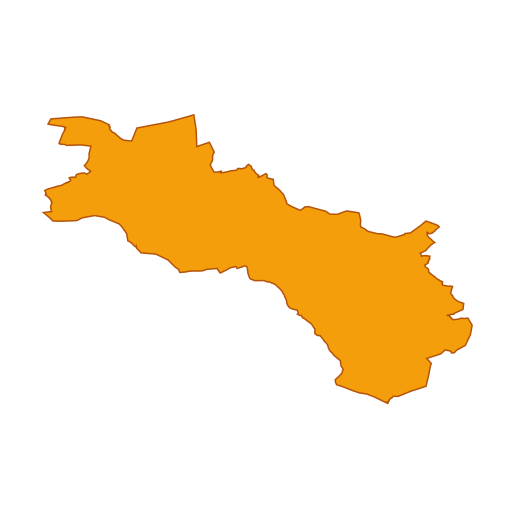 the district of Seljord nor, Telemark, Norway, rotated 172°
{"feature_id": "86288312B68880560441515", "entity_name": "Seljord nor", "entity_type": "district", "adm_level": 2, "iso_a3": "NOR", "parent_name": "Norway", "parent_adm1": "Telemark", "projection": "natural_earth1", "projection_center": [8.516, 59.573], "detail": "fine", "context": "isolated", "style": "filled", "palette": "amber", "viewbox_px": 512, "rotation_deg": 172, "n_neighbors": 0, "source": "geoboundaries", "source_scale": "gbopen_adm2", "svg_char_len": 5948}
<svg xmlns="http://www.w3.org/2000/svg" viewBox="0 0 512 512"><g transform="rotate(172 256 256)"><path d="M443.5,317.5L428.6,316.0L422.6,318.0L410.1,318.5L400.8,315.5L396.3,312.3L386.9,306.7L384.9,303.9L381.0,296.3L380.8,288.8L379.1,287.8L378.2,286.7L377.3,286.2L376.1,284.3L374.2,282.0L373.6,282.2L373.2,282.6L373.2,280.6L369.4,275.1L354.9,271.8L343.7,264.4L337.8,256.5L334.6,253.6L333.7,250.3L328.2,250.0L323.8,250.2L319.2,249.8L314.5,249.0L311.3,248.8L309.4,249.0L306.6,249.7L296.1,249.0L295.8,248.0L293.9,244.2L292.0,244.6L289.7,245.6L288.7,245.7L283.1,247.9L277.3,248.4L276.4,246.2L272.7,247.0L271.3,247.1L269.0,247.8L268.3,247.8L267.6,247.5L266.4,246.2L266.2,243.9L266.5,242.7L266.2,241.8L266.4,240.7L266.2,239.1L265.3,234.8L264.5,233.9L260.4,231.7L251.8,230.6L247.6,228.5L246.8,228.5L245.6,228.1L244.1,227.0L241.8,225.8L241.0,225.2L237.2,220.6L234.9,217.2L234.5,215.5L233.4,213.6L233.2,211.5L232.8,210.7L232.3,208.9L232.0,207.1L232.0,205.0L231.8,203.5L230.0,200.1L227.2,198.4L225.2,197.5L222.9,197.0L222.1,193.9L222.2,193.5L223.1,192.7L220.9,191.0L219.4,190.9L219.2,190.7L219.0,189.4L218.2,188.0L217.2,187.7L213.7,184.0L210.7,181.2L207.6,174.8L208.1,173.7L208.5,170.9L207.4,170.1L206.5,168.9L204.4,168.3L203.8,168.4L200.8,163.7L200.7,162.8L199.0,160.8L197.7,158.5L197.1,156.1L197.1,154.6L195.6,151.1L194.0,149.4L192.7,146.8L187.1,140.7L187.1,135.3L186.2,133.5L185.4,131.3L186.5,130.2L187.1,128.2L191.3,124.7L194.7,122.5L194.9,120.3L194.1,117.3L188.8,114.8L178.2,108.8L172.3,105.9L165.7,104.0L162.6,102.3L159.0,100.3L146.1,91.7L145.5,92.5L145.7,92.9L146.0,93.1L145.7,93.4L145.8,93.5L144.5,93.8L144.1,94.5L144.0,94.9L143.9,95.1L143.2,95.5L143.1,96.0L141.2,96.6L139.6,98.0L134.8,97.2L121.4,100.6L105.8,103.3L101.6,114.0L98.6,122.8L97.4,125.2L101.2,130.8L86.6,133.4L82.7,136.0L81.9,136.8L76.2,134.6L75.9,132.8L73.2,132.6L70.3,134.9L61.2,138.3L54.6,148.3L51.6,157.4L54.5,164.3L55.0,165.1L57.2,165.0L59.7,165.3L61.1,165.9L61.6,165.8L62.8,165.7L65.0,165.2L65.9,165.4L67.7,165.4L70.3,165.6L70.5,165.8L70.4,166.2L70.7,166.5L70.7,166.9L70.9,167.2L71.5,167.5L71.5,167.9L72.1,168.4L72.2,169.0L72.4,169.3L73.2,169.8L73.6,170.3L74.4,170.3L74.8,170.6L74.5,170.8L71.8,170.8L71.0,171.2L70.6,171.0L68.2,170.8L67.5,171.7L58.5,174.3L56.9,180.1L62.3,182.9L64.8,185.4L66.4,187.3L66.8,189.3L68.6,191.9L67.4,194.5L67.0,195.9L66.6,196.3L65.6,198.5L67.7,199.2L69.7,199.1L72.1,200.2L74.0,200.6L74.8,200.9L75.1,201.5L75.5,201.8L75.7,202.2L75.5,202.5L75.4,202.9L75.3,203.2L75.4,203.3L75.2,203.4L75.3,203.8L75.1,203.9L75.1,204.4L75.0,204.5L76.4,205.5L77.6,206.0L77.6,206.5L79.3,207.5L81.8,210.4L84.3,212.8L87.2,216.0L86.9,217.7L87.4,219.5L90.0,221.9L89.8,222.3L89.9,223.4L89.7,223.8L88.4,224.1L88.1,224.4L87.2,224.9L86.6,225.0L86.2,225.8L86.5,226.3L86.1,226.6L86.1,227.1L85.1,228.0L85.0,228.5L84.5,228.7L84.5,229.0L84.2,229.3L84.2,229.5L84.5,229.9L84.3,230.4L84.4,230.8L83.9,231.4L84.6,231.5L84.9,232.1L86.4,232.3L86.9,232.2L87.7,232.4L87.8,232.5L87.7,232.7L90.7,233.0L92.1,232.8L92.5,235.2L93.0,235.9L87.2,237.7L86.4,238.4L84.2,240.4L81.4,242.4L80.5,243.0L77.1,244.6L78.6,245.8L80.1,248.0L82.6,250.8L83.5,252.8L83.3,254.0L83.4,255.5L83.7,256.2L81.4,253.9L78.7,254.0L76.0,255.6L72.2,258.4L70.5,259.3L71.4,260.7L74.0,262.3L82.8,267.0L88.8,263.2L99.8,257.4L105.5,257.5L106.0,256.6L113.3,255.4L116.3,255.3L128.7,260.6L131.1,260.8L133.7,261.6L141.0,264.5L143.0,266.0L144.3,267.5L147.9,270.1L148.1,270.4L148.3,272.6L147.9,274.4L147.3,276.4L147.8,282.9L148.0,284.0L148.3,284.5L160.0,288.0L169.7,286.0L176.9,287.1L180.7,290.6L197.4,297.7L199.1,297.4L200.7,297.9L203.0,296.4L205.8,295.0L213.9,300.1L218.3,303.5L218.2,305.3L220.2,313.0L223.8,318.3L228.3,323.4L228.3,329.6L231.9,330.8L234.2,332.1L233.7,335.0L234.9,336.2L240.5,334.0L242.5,333.5L243.1,334.0L242.5,334.5L242.0,335.4L244.0,337.1L245.8,339.8L245.8,340.9L247.5,342.2L248.0,343.8L248.2,345.4L250.7,347.8L253.1,346.2L253.1,345.8L253.3,345.4L255.1,344.6L256.2,344.8L256.6,344.6L258.2,344.3L260.4,345.0L261.9,345.2L262.3,344.6L263.5,343.6L269.2,343.9L272.3,343.4L277.7,343.2L279.6,343.4L279.4,343.9L278.5,344.4L278.5,344.8L282.8,344.5L285.8,344.8L286.9,347.4L288.7,352.5L285.7,356.9L285.2,360.1L284.8,362.0L282.9,364.6L286.3,375.1L299.4,372.6L297.7,389.2L297.9,404.4L323.5,400.9L356.1,399.3L362.6,388.1L363.3,387.1L371.1,389.2L374.1,391.6L377.9,396.2L378.4,396.5L378.8,397.4L379.5,397.7L380.8,398.6L381.6,399.4L381.8,399.9L382.2,400.5L382.3,400.9L383.1,401.6L383.3,402.6L383.1,403.0L382.5,403.8L382.6,404.2L383.2,404.7L383.5,405.2L383.5,405.8L383.3,406.1L383.0,406.2L383.1,406.3L390.9,411.5L408.5,417.9L415.2,418.7L440.0,420.3L443.6,415.6L441.3,414.7L429.7,411.3L427.2,410.3L427.3,410.1L427.3,409.9L426.8,409.5L427.7,409.3L427.7,408.8L427.8,408.5L427.5,408.1L427.9,407.9L428.0,407.3L427.9,407.2L428.8,406.1L430.9,403.1L435.2,395.2L435.4,394.8L435.1,394.4L434.2,394.3L434.0,394.0L432.9,393.7L429.9,393.1L428.1,391.9L413.6,390.3L404.2,387.8L407.1,380.5L407.3,378.1L407.7,376.2L408.5,374.9L408.7,374.2L409.8,372.9L412.0,370.4L413.4,369.5L411.8,366.9L410.4,365.2L407.9,362.9L412.1,360.5L414.0,361.9L415.5,362.2L418.4,362.3L422.4,361.7L423.0,360.9L423.8,359.1L424.4,358.8L425.5,359.5L428.3,359.7L430.1,359.4L430.0,358.6L428.9,357.3L429.0,357.0L429.1,356.8L429.5,356.2L430.5,355.6L431.5,355.5L431.6,355.1L431.8,354.9L433.7,355.1L433.9,355.0L433.9,354.7L436.4,354.0L437.3,353.5L438.5,353.1L440.0,352.9L442.4,352.8L453.1,351.2L456.1,350.2L455.6,348.8L455.5,347.7L455.5,347.2L455.1,346.6L456.0,346.1L456.1,345.7L455.3,345.2L455.2,344.8L454.5,344.3L453.4,343.1L453.4,342.8L452.8,342.5L452.2,341.2L451.8,340.8L451.7,340.5L451.2,339.9L451.2,339.7L451.4,339.5L451.1,338.6L451.1,338.1L450.8,337.6L451.1,337.5L451.2,337.3L451.0,336.9L451.1,336.6L451.0,336.1L451.7,335.4L451.9,334.7L452.4,334.1L452.4,333.7L452.5,333.3L452.5,332.5L452.4,332.2L452.6,331.6L452.4,331.0L452.3,330.0L452.4,329.6L452.6,329.4L452.7,328.8L452.5,328.5L460.4,328.6L455.3,323.0L452.1,318.9L443.5,317.5Z" fill="#f59e0b" stroke="#b45309" stroke-width="1.5"/></g></svg>